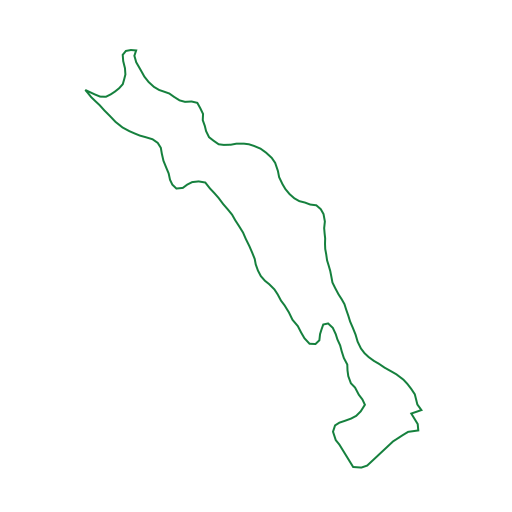 outline of IV-1 Moblissa/La Reconnai, Demerara-Mahaica, Guyana, rotated 135°
{"feature_id": "73187651B62691017600789", "entity_name": "IV-1 Moblissa/La Reconnai", "entity_type": "district", "adm_level": 2, "iso_a3": "GUY", "parent_name": "Guyana", "parent_adm1": "Demerara-Mahaica", "projection": "natural_earth1", "projection_center": [-58.193, 6.469], "detail": "fine", "context": "isolated", "style": "outline", "palette": "green", "viewbox_px": 512, "rotation_deg": 135, "n_neighbors": 0, "source": "geoboundaries", "source_scale": "gbopen_adm2", "svg_char_len": 2423}
<svg xmlns="http://www.w3.org/2000/svg" viewBox="0 0 512 512"><g transform="rotate(135 256 256)"><path d="M259.3,494.1L259.6,490.4L260.2,484.9L260.1,479.0L259.9,473.4L260.3,466.1L260.3,458.7L260.5,450.1L259.5,441.3L257.3,433.9L255.1,428.3L253.0,423.3L250.2,418.4L246.6,411.7L245.5,405.5L246.8,399.8L250.2,395.0L254.1,388.8L257.1,381.7L259.4,376.1L262.9,370.7L264.7,365.6L264.6,360.0L259.6,355.9L254.1,355.1L248.9,353.4L243.8,349.3L239.9,343.8L240.8,336.4L241.0,329.6L241.4,323.5L242.5,316.0L243.0,308.9L243.7,302.1L245.4,296.0L246.8,289.4L248.6,281.7L251.1,275.4L253.7,267.7L256.4,260.9L259.0,254.8L262.1,250.3L264.9,244.4L266.8,238.4L267.2,232.2L266.6,226.8L266.6,219.4L267.8,213.6L269.9,206.7L270.7,200.9L272.6,192.9L275.3,185.1L276.0,176.8L278.2,170.0L279.9,163.6L280.2,156.1L276.2,151.7L270.8,151.6L265.9,155.5L261.3,157.9L256.9,160.0L252.7,157.3L252.5,150.9L254.9,144.3L257.4,139.5L259.7,133.3L262.8,128.0L266.0,121.8L268.2,114.7L272.2,110.4L275.7,105.8L278.9,98.9L279.0,92.9L281.4,85.2L282.2,79.3L284.2,73.8L291.8,72.1L298.2,72.1L303.7,73.8L309.9,76.7L314.9,79.2L319.9,80.3L325.8,77.3L329.8,69.4L330.4,63.7L336.5,38.1L331.1,31.9L325.6,29.2L308.2,28.6L290.2,28.0L279.0,25.6L272.8,24.1L264.6,17.9L260.5,22.8L257.6,34.8L248.0,30.1L246.9,36.9L241.5,45.9L240.2,52.4L239.4,58.6L239.2,64.3L240.4,73.1L241.9,78.6L244.0,86.0L245.3,92.8L246.8,98.4L247.8,104.9L248.0,110.5L247.2,116.4L244.7,123.6L241.2,130.0L238.3,136.8L235.8,143.1L233.0,148.4L230.0,154.6L227.5,159.4L226.0,164.8L224.8,170.4L222.7,177.3L220.7,183.2L217.2,188.3L214.1,192.9L211.4,197.8L208.8,202.7L205.2,207.5L202.1,212.0L198.6,215.8L194.7,219.5L191.4,223.6L188.1,227.5L182.9,231.7L178.6,237.9L177.1,243.3L177.5,249.2L181.3,254.1L183.6,259.2L186.6,264.2L188.1,269.7L188.5,276.0L187.9,282.5L186.5,288.0L183.9,295.4L180.4,300.6L176.6,308.3L175.5,314.2L175.8,321.9L176.9,328.7L179.6,335.3L182.0,340.0L185.2,344.1L190.3,349.2L195.0,352.4L200.2,357.3L203.4,361.4L204.5,367.6L205.2,373.2L203.0,379.6L200.2,384.2L197.6,389.7L193.0,393.9L190.9,399.9L189.2,405.8L192.3,410.8L197.2,415.2L200.0,420.1L201.4,426.3L202.4,432.2L204.7,437.0L207.1,441.9L208.6,447.8L208.9,455.0L208.1,461.8L206.0,469.2L203.7,477.7L200.4,483.6L195.4,486.1L198.8,490.1L203.0,493.0L208.0,492.5L212.1,487.7L215.9,481.4L220.0,476.7L224.2,474.2L228.7,471.7L234.2,471.4L239.5,472.0L244.4,473.0L249.5,474.7L253.5,478.9L255.8,484.4L259.3,494.1Z" fill="none" stroke="#15803d" stroke-width="2"/></g></svg>